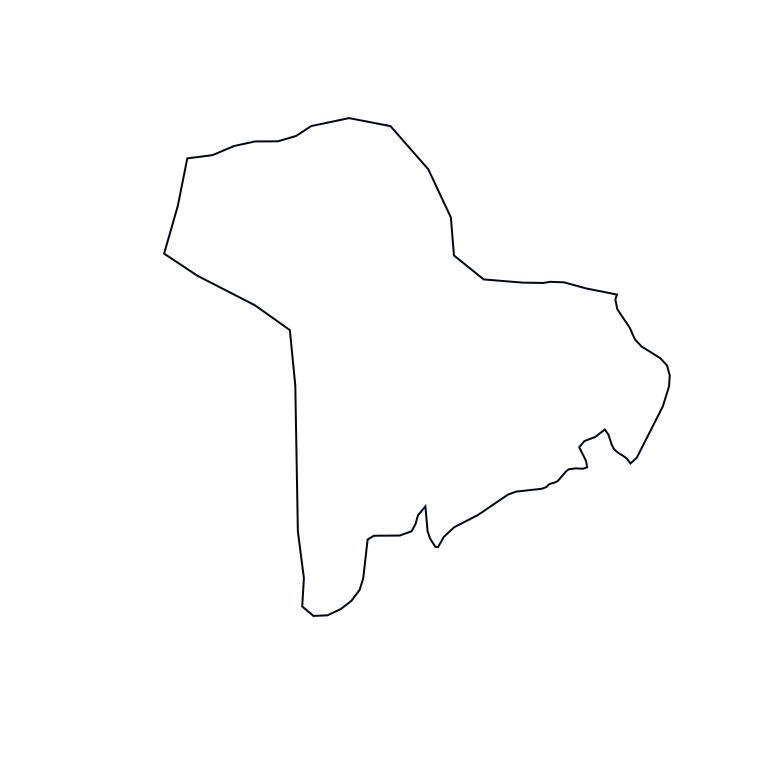 SVG path tracing the border of Ardahan, rotated 112°
{"feature_id": "TUR-4839", "entity_name": "Ardahan", "entity_type": "Province", "adm_level": 1, "iso_a3": "TUR", "parent_name": "Turkey", "parent_adm1": "", "projection": "equal_earth", "projection_center": [42.828, 41.094], "detail": "fine", "context": "isolated", "style": "outline", "palette": "ink", "viewbox_px": 768, "rotation_deg": 112, "n_neighbors": 0, "source": "natural_earth", "source_scale": "10m", "svg_char_len": 1222}
<svg xmlns="http://www.w3.org/2000/svg" viewBox="0 0 768 768"><g transform="rotate(112 384 384)"><path d="M300.2,117.1L357.6,122.0L365.4,125.7L362.2,130.7L360.9,136.1L360.0,141.4L358.3,146.2L355.0,150.1L346.9,156.9L343.5,162.2L354.0,168.4L361.8,176.8L369.5,179.3L379.6,167.9L385.1,164.4L388.1,167.9L390.4,174.6L393.8,180.7L396.9,182.5L409.0,186.6L411.5,188.9L413.2,191.3L415.2,193.4L418.8,194.9L422.0,198.4L434.3,221.2L440.2,227.7L470.5,248.0L490.4,265.2L503.1,271.2L515.1,272.8L515.7,275.5L510.1,283.3L504.1,288.5L481.9,299.8L493.1,303.3L502.1,302.3L510.2,303.3L518.6,312.6L528.5,336.6L534.4,340.9L572.2,330.4L584.2,329.5L597.2,333.0L608.5,339.5L619.6,349.7L625.5,362.5L620.9,376.5L594.1,385.5L552.8,408.7L485.7,437.2L418.6,465.7L369.3,491.5L359.4,533.0L353.5,597.8L345.5,636.7L296.1,641.9L248.5,650.9L236.1,628.8L219.5,612.2L207.4,594.4L198.8,573.4L187.0,558.5L172.1,548.1L150.6,516.1L142.5,474.6L168.3,423.4L204.5,384.4L238.6,367.3L249.7,330.8L238.0,293.2L230.7,274.3L227.1,268.4L222.3,255.2L219.7,232.6L213.8,201.5L218.8,201.2L227.3,195.7L239.7,177.3L248.6,168.1L252.7,159.4L256.6,137.5L260.8,128.5L269.1,122.2L269.6,122.0L271.4,121.5L279.5,118.8L300.2,117.1Z" fill="none" stroke="#020617" stroke-width="2"/></g></svg>